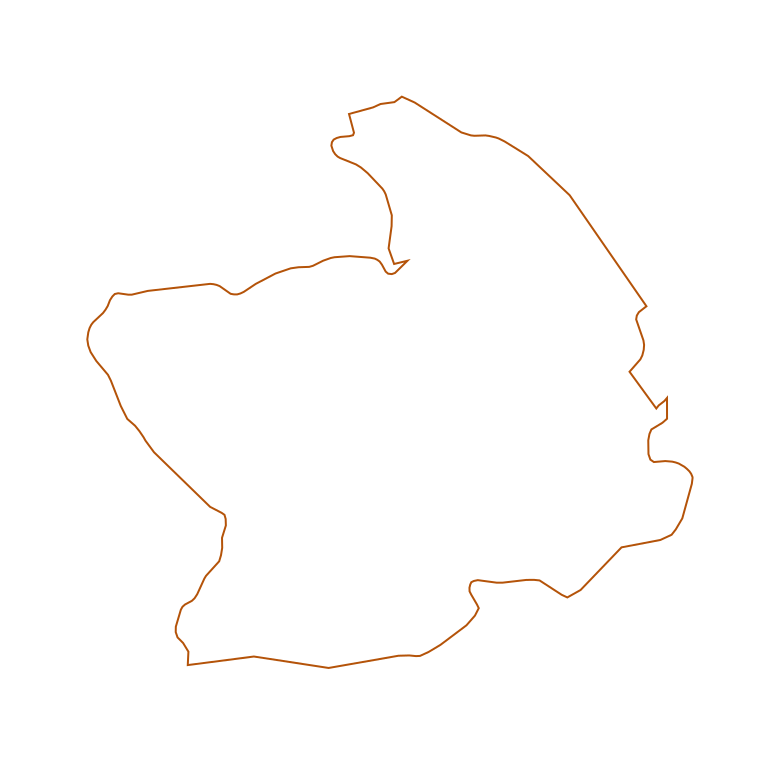 the border of Chai Nat, rotated 344°
{"feature_id": "THA-407", "entity_name": "Chai Nat", "entity_type": "Province", "adm_level": 1, "iso_a3": "THA", "parent_name": "Thailand", "parent_adm1": "", "projection": "robinson", "projection_center": [100.013, 15.165], "detail": "fine", "context": "isolated", "style": "outline", "palette": "amber", "viewbox_px": 768, "rotation_deg": 344, "n_neighbors": 0, "source": "natural_earth", "source_scale": "10m", "svg_char_len": 2362}
<svg xmlns="http://www.w3.org/2000/svg" viewBox="0 0 768 768"><g transform="rotate(344 384 384)"><path d="M501.4,639.7L496.7,635.6L479.4,615.7L474.4,613.7L467.0,611.6L443.5,607.7L437.7,606.1L420.1,598.4L416.1,598.1L413.3,598.6L411.6,600.6L410.0,603.4L409.1,606.9L409.8,610.6L412.6,621.6L413.3,625.6L407.6,631.7L396.7,638.7L366.4,650.3L352.9,653.9L343.7,655.3L339.8,654.4L333.5,651.9L323.0,649.2L252.5,641.7L183.8,610.1L117.9,600.1L122.2,587.4L119.5,577.6L115.7,570.7L115.4,565.1L117.0,559.9L126.5,545.0L128.9,542.6L132.0,541.1L139.5,539.5L142.8,537.8L146.5,534.6L157.7,521.5L160.1,519.3L176.7,509.0L180.1,503.7L183.3,496.9L185.9,487.2L193.0,476.4L194.6,470.1L194.6,465.8L192.5,463.2L183.0,454.2L144.1,386.2L139.1,372.7L138.2,368.9L135.9,361.9L133.2,355.5L127.6,346.8L124.9,332.5L122.4,305.6L121.2,299.1L113.8,282.6L110.8,272.5L110.3,265.6L111.1,259.3L114.0,252.8L116.4,249.1L119.0,246.3L121.6,244.4L133.5,238.3L136.8,235.8L139.9,232.9L143.7,227.9L147.0,225.0L150.0,223.3L153.5,223.5L162.7,227.6L166.1,228.6L182.6,229.4L244.4,239.8L247.5,241.0L250.4,242.6L253.0,244.6L261.4,255.0L264.2,256.4L267.6,257.4L270.9,257.4L274.6,256.8L288.4,252.4L310.1,247.9L326.2,247.1L334.0,248.2L344.4,250.8L348.3,250.8L359.5,248.7L367.6,248.2L371.4,248.5L386.2,251.6L405.6,258.8L409.7,260.9L411.8,262.8L413.6,265.1L414.9,268.7L416.6,276.4L418.4,279.1L421.8,280.5L425.2,280.3L440.5,272.0L426.8,271.4L425.8,254.9L434.8,234.4L438.0,224.0L437.9,202.3L437.3,198.8L436.3,195.8L426.4,176.8L421.5,169.5L417.6,165.2L404.1,154.7L402.1,152.6L400.4,149.6L399.3,146.1L399.1,140.4L400.6,137.2L403.0,135.2L406.3,134.5L410.2,134.5L418.9,136.2L422.8,136.3L424.4,134.2L424.8,114.8L449.7,115.1L457.8,113.9L471.7,115.9L480.3,112.7L491.1,121.9L527.7,163.5L536.1,169.0L539.3,170.3L550.0,173.0L553.4,174.5L559.5,177.9L561.9,179.6L566.8,184.1L585.4,204.6L614.5,253.7L657.7,381.6L648.8,385.2L645.9,387.9L644.2,391.4L645.4,413.6L644.8,418.1L643.1,422.7L640.2,427.7L637.2,431.0L623.4,439.9L639.0,482.6L642.2,480.3L648.9,477.6L652.2,475.4L646.5,495.4L641.0,498.0L628.5,501.4L625.4,505.2L622.5,511.0L618.9,524.3L619.2,530.1L621.9,533.4L633.1,535.6L639.7,538.1L642.7,539.8L645.4,541.7L649.9,546.3L651.8,549.1L653.5,552.1L654.5,555.0L654.9,558.5L654.7,559.4L652.4,564.8L633.7,595.4L624.4,604.2L618.9,608.2L606.7,610.1L567.3,606.5L516.2,636.2L501.4,639.7Z" fill="none" stroke="#b45309" stroke-width="2"/></g></svg>